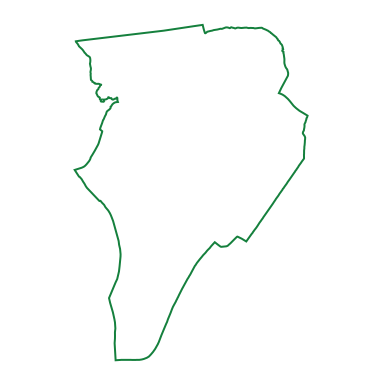 the district of Sam Khok, Pathum Thani, Thailand, rotated 269°
{"feature_id": "78962969B46863562743869", "entity_name": "Sam Khok", "entity_type": "district", "adm_level": 2, "iso_a3": "THA", "parent_name": "Thailand", "parent_adm1": "Pathum Thani", "projection": "natural_earth1", "projection_center": [100.554, 14.08], "detail": "fine", "context": "isolated", "style": "outline", "palette": "green", "viewbox_px": 384, "rotation_deg": 269, "n_neighbors": 0, "source": "geoboundaries", "source_scale": "gbopen_adm2", "svg_char_len": 5917}
<svg xmlns="http://www.w3.org/2000/svg" viewBox="0 0 384 384"><g transform="rotate(269 192 192)"><path d="M341.4,80.6L340.5,81.2L340.0,81.4L339.7,81.5L336.9,84.4L336.0,85.2L333.8,86.7L333.3,86.9L332.6,87.7L330.9,89.0L330.4,89.6L330.1,90.1L328.9,91.9L328.6,92.1L327.7,92.5L325.6,92.7L324.1,92.6L322.8,92.4L322.1,92.2L321.9,92.2L321.0,92.4L319.6,92.6L317.5,93.1L315.9,93.0L314.1,92.6L313.1,92.6L312.2,92.8L311.6,92.8L310.9,92.6L310.6,92.6L310.3,92.7L306.1,92.9L305.8,93.0L305.4,93.4L304.9,94.0L304.2,94.5L304.0,94.4L303.9,94.4L303.8,94.8L303.1,95.8L302.7,96.6L302.4,96.5L302.1,96.9L301.9,97.7L301.8,99.0L301.8,100.7L301.3,101.8L301.0,102.8L300.9,103.0L300.7,103.0L300.5,102.9L300.3,102.3L300.1,102.1L298.6,101.4L298.3,101.1L297.7,100.5L297.2,100.3L296.4,100.1L296.2,99.9L295.8,99.3L295.5,99.0L293.9,98.3L293.4,98.2L292.8,98.2L292.7,98.1L292.2,98.1L291.9,98.3L291.2,98.7L290.8,98.8L289.4,99.5L288.8,100.1L288.4,101.0L287.8,101.5L287.3,101.4L286.7,101.4L286.3,101.6L286.1,101.9L286.0,102.2L286.0,103.1L285.9,103.0L285.5,102.5L285.2,102.3L284.9,102.3L284.3,102.4L284.1,102.6L284.0,102.8L283.9,103.7L283.8,105.2L284.4,105.7L284.6,105.6L284.7,105.4L284.9,105.4L285.2,105.4L285.7,105.5L286.0,106.3L286.0,106.6L286.0,106.8L286.0,107.1L286.1,107.4L286.1,107.6L286.5,108.4L286.6,108.7L287.2,109.6L287.8,109.9L288.1,109.9L288.2,110.1L288.2,110.4L288.0,110.6L287.8,110.8L287.4,111.2L287.2,112.0L287.3,112.7L287.2,113.0L286.2,113.5L286.0,113.8L285.8,114.4L285.8,114.8L285.9,115.2L286.5,116.2L286.6,116.4L286.6,117.0L286.7,117.7L287.2,118.1L287.6,118.2L287.7,118.4L287.7,118.7L287.5,118.9L287.1,119.0L285.5,119.0L284.6,119.1L283.3,119.5L283.2,118.3L283.0,117.0L282.7,116.2L282.1,115.2L281.2,114.1L280.4,113.5L279.7,113.0L279.0,112.7L278.7,112.1L278.0,112.1L277.1,111.9L276.1,111.0L275.2,109.8L274.3,108.6L273.4,108.0L271.0,107.3L269.3,106.3L265.9,104.8L265.4,104.3L262.6,103.4L258.1,101.6L256.2,101.1L254.3,103.3L253.6,103.2L242.3,99.5L240.9,98.9L235.1,95.6L231.2,93.2L228.3,91.3L227.4,91.1L226.2,90.6L224.6,89.6L221.5,87.0L220.1,85.6L219.1,84.2L218.2,82.2L216.1,75.1L209.5,79.2L209.2,79.5L209.0,80.0L206.9,81.8L203.9,83.5L202.4,84.5L199.5,86.0L197.9,87.1L184.7,99.2L184.6,99.4L184.8,100.2L184.7,100.4L182.9,101.8L180.7,103.9L178.3,105.2L175.0,107.9L172.3,109.5L170.1,110.5L167.7,111.4L164.4,112.6L144.3,117.8L140.5,118.2L136.3,119.1L131.1,119.5L128.7,119.4L119.0,118.3L113.8,117.6L106.3,115.7L103.1,114.1L87.4,107.2L82.6,108.2L73.1,110.8L66.2,112.2L63.0,112.7L56.9,113.0L53.0,112.5L49.5,112.5L46.6,112.4L42.2,112.0L25.1,112.7L25.4,118.8L25.1,132.2L25.1,136.5L25.4,138.8L25.9,140.9L27.0,143.9L28.2,146.0L30.2,148.0L32.7,150.2L35.7,152.4L40.8,155.4L41.0,155.4L42.3,156.1L49.3,158.9L55.7,161.7L57.3,162.4L60.9,164.0L62.5,164.8L65.1,165.7L71.3,168.4L75.1,169.9L77.4,170.9L79.2,171.9L82.5,173.8L84.0,174.5L85.2,175.2L86.5,175.8L87.1,176.2L89.0,177.1L95.3,180.4L105.3,186.1L106.7,187.1L107.7,187.6L109.3,188.7L112.2,190.3L118.1,193.6L118.6,194.1L120.9,195.6L124.6,198.6L127.0,200.7L128.6,202.0L131.1,204.5L132.6,205.7L133.7,206.7L135.6,208.7L137.5,210.2L141.4,213.9L138.8,217.1L137.3,219.0L136.9,219.6L136.7,220.1L136.7,220.8L137.1,225.4L137.5,226.5L137.8,227.0L138.4,227.6L139.4,228.8L140.2,229.7L144.2,233.8L146.0,235.7L146.5,236.3L146.6,236.5L146.4,237.1L144.4,241.0L141.6,245.4L148.9,250.8L150.0,251.8L150.3,251.9L151.7,252.9L152.0,253.2L152.4,253.4L155.1,255.6L156.5,256.6L159.2,258.4L160.0,258.9L162.2,260.6L163.4,261.4L164.2,262.1L165.5,262.9L169.2,265.6L177.2,271.4L179.0,272.7L180.5,273.7L182.6,275.2L183.6,275.8L187.0,278.4L188.6,279.4L192.6,282.4L193.7,283.0L194.1,283.5L195.6,284.5L198.5,286.7L200.5,288.0L202.9,289.8L207.9,293.4L210.0,294.9L210.7,295.5L211.3,295.7L212.4,296.7L213.1,297.1L213.5,297.4L215.3,298.7L216.4,299.3L219.0,301.3L220.6,302.4L223.2,304.4L223.7,304.6L226.3,304.6L226.8,304.6L227.5,304.6L227.9,304.7L231.5,304.8L233.8,305.1L235.1,305.1L236.9,305.4L237.9,305.5L239.9,305.7L241.7,305.8L242.7,306.0L244.5,306.1L244.8,306.0L245.9,305.6L248.3,304.0L248.7,303.9L249.0,303.8L250.4,304.2L251.5,304.9L252.1,305.0L253.3,305.2L254.0,305.4L256.2,305.7L256.7,305.6L257.4,305.6L257.9,305.7L259.0,306.2L259.1,306.3L259.6,306.6L260.7,306.9L261.0,307.0L261.5,307.2L262.7,307.6L263.5,307.7L264.0,307.9L264.4,308.3L266.3,308.9L268.9,304.8L271.3,300.9L273.9,297.7L275.3,296.2L276.5,295.0L281.3,291.3L283.3,289.6L285.1,287.7L286.3,286.4L287.2,285.1L287.9,284.0L288.8,282.0L289.3,280.6L294.4,283.1L305.8,289.5L306.5,289.9L307.6,290.1L308.5,290.2L309.5,290.2L312.6,289.4L313.2,289.1L314.1,288.4L315.2,287.8L316.2,287.4L318.7,286.7L320.0,286.6L322.4,286.7L323.5,286.7L328.4,286.1L329.3,285.8L330.4,286.0L330.6,285.9L330.8,285.7L330.9,285.2L331.1,285.0L331.6,284.7L331.9,284.8L332.8,285.2L333.0,285.6L333.4,285.5L333.4,285.2L333.7,285.1L333.9,285.1L334.0,285.4L334.2,285.5L334.9,285.2L335.7,285.1L336.5,284.8L337.4,284.5L338.3,283.8L338.9,283.1L340.5,282.4L341.6,281.7L341.9,281.1L342.4,280.7L342.7,280.5L343.1,280.5L343.3,280.4L344.1,279.6L344.9,279.2L345.2,279.0L348.3,275.3L349.5,274.0L349.6,273.6L350.3,273.1L350.5,272.9L351.2,271.7L352.0,270.7L352.5,269.6L353.0,268.7L354.2,265.8L354.7,265.3L354.9,264.8L355.0,264.5L354.9,261.9L354.6,259.2L354.5,258.0L354.6,257.2L354.9,256.2L354.9,255.6L355.0,254.0L355.0,252.6L354.9,252.0L354.9,251.5L355.4,249.3L355.4,248.7L355.4,248.1L355.2,245.7L355.1,244.5L355.2,243.1L355.5,241.5L355.5,240.4L355.4,239.8L355.0,238.8L354.8,238.1L354.9,237.7L355.3,236.6L355.6,235.3L356.0,234.2L355.9,233.8L355.3,233.0L355.2,232.7L355.2,232.4L355.7,231.2L355.8,230.7L356.0,229.7L356.0,229.0L355.8,228.2L355.0,226.0L354.6,224.8L354.6,224.3L354.7,223.6L354.7,223.1L354.5,222.4L354.0,220.2L353.5,216.5L353.0,215.0L352.7,213.2L352.2,211.1L352.0,210.1L350.8,208.7L350.5,208.0L350.6,207.8L351.3,207.5L354.1,206.7L356.2,206.2L358.9,205.6L357.7,196.2L353.8,166.6L345.6,85.6L345.1,81.4L344.9,80.1L344.7,78.5L344.2,78.6L343.9,78.8L341.9,80.4L341.4,80.6Z" fill="none" stroke="#15803d" stroke-width="2"/></g></svg>